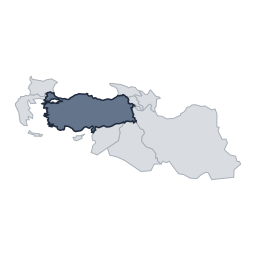 Turkey highlighted among its neighbors
{"feature_id": "TUR", "entity_name": "Turkey", "entity_type": "country or territory", "adm_level": 0, "iso_a3": "TUR", "parent_name": "Asia", "parent_adm1": "", "projection": "orthographic", "projection_center": [34.29, 38.962], "detail": "fine", "context": "with_neighbors", "style": "filled", "palette": "slate", "viewbox_px": 256, "rotation_deg": 0, "n_neighbors": 9, "source": "natural_earth", "source_scale": "50m", "svg_char_len": 9128}
<svg xmlns="http://www.w3.org/2000/svg" viewBox="0 0 256 256"><path d="M109.8,155.3L107.3,147.8L118.5,140.5L120.0,132.8L119.2,128.2L121.8,126.4L124.0,122.3L126.1,121.1L132.0,121.3L133.9,122.7L136.1,121.4L140.2,128.5L143.7,130.0L144.5,133.6L142.2,136.1L141.6,141.1L145.8,146.6L152.6,149.1L155.9,153.5L155.6,158.1L157.3,157.8L157.7,161.1L161.1,163.9L154.2,164.2L150.9,170.7L140.8,171.4L124.6,160.4L116.3,156.6L109.8,155.3Z" fill="#d9dde1" stroke="#a8b0b8" stroke-width="1"/><path d="M161.1,163.9L157.7,161.1L157.3,157.8L155.6,158.1L155.9,153.5L152.6,149.1L145.8,146.6L141.6,141.1L142.2,136.1L144.5,133.6L143.7,130.0L140.2,128.5L132.9,116.7L133.6,114.6L131.3,107.6L134.4,105.4L135.5,107.7L138.2,110.3L141.7,110.7L143.4,110.3L148.4,104.9L150.1,104.1L151.8,105.8L150.6,109.1L154.1,111.9L155.2,111.4L157.5,115.8L162.3,116.3L166.2,118.8L173.3,118.5L180.4,115.3L180.6,113.7L184.5,111.6L187.0,107.2L190.2,106.6L191.9,105.0L195.3,104.7L201.2,106.4L205.0,106.0L211.7,109.9L215.1,109.0L216.9,114.0L216.9,127.0L219.2,127.2L218.1,131.2L222.2,139.3L226.0,139.1L227.4,142.9L224.3,149.7L230.3,155.1L235.6,156.2L237.0,161.4L239.6,161.6L240.6,164.2L234.1,169.7L233.7,177.3L211.7,179.6L208.2,172.7L205.5,172.3L201.6,174.4L196.8,178.6L190.0,178.1L183.9,174.6L178.5,173.8L169.1,161.2L166.4,162.7L162.7,161.2L161.1,163.9Z" fill="#d9dde1" stroke="#a8b0b8" stroke-width="1"/><path d="M91.2,152.5L92.9,145.5L95.7,143.0L94.8,140.6L92.5,140.3L91.9,135.5L95.8,130.0L96.0,126.5L97.7,127.7L103.2,125.7L105.9,126.8L110.1,126.6L115.7,123.8L124.0,122.3L121.8,126.4L119.2,128.2L120.0,132.8L118.5,140.5L97.2,154.9L91.2,152.5Z" fill="#d9dde1" stroke="#a8b0b8" stroke-width="1"/><path d="M143.4,110.3L141.7,110.7L139.1,106.4L137.0,106.7L135.4,105.1L128.6,102.6L128.7,99.5L127.7,97.4L134.1,95.7L137.2,98.1L136.5,99.8L139.2,101.6L138.2,103.8L142.7,106.0L143.4,110.3Z" fill="#d9dde1" stroke="#a8b0b8" stroke-width="1"/><path d="M31.2,76.4L32.1,79.2L43.8,81.3L46.2,79.9L51.7,78.9L57.4,82.3L54.8,84.7L52.8,89.1L54.0,92.8L50.1,91.7L45.2,93.3L44.8,96.4L40.5,96.6L37.4,94.0L33.5,95.3L30.1,94.7L30.3,90.6L28.3,88.2L29.1,87.5L28.7,86.7L29.8,84.8L31.8,83.0L30.0,80.0L29.9,77.7L31.2,76.4Z" fill="#d9dde1" stroke="#a8b0b8" stroke-width="1"/><path d="M42.4,134.5L41.6,136.3L34.2,136.1L34.3,135.0L28.2,133.1L29.5,130.6L32.0,133.0L39.8,133.9L39.5,135.0L42.4,134.5ZM30.1,94.7L33.5,95.3L37.4,94.0L40.5,96.6L44.8,96.4L45.2,93.3L47.3,95.1L45.5,98.9L44.3,99.6L39.0,98.3L33.1,99.3L36.0,103.2L30.8,103.6L28.7,100.1L27.6,101.3L28.2,105.2L30.2,108.5L28.3,109.6L32.8,114.9L32.5,118.5L28.1,116.3L29.2,119.7L26.0,119.9L27.2,125.7L23.9,125.4L20.2,122.1L18.8,112.5L15.4,105.4L15.4,103.6L18.0,100.9L18.6,98.9L20.3,98.2L20.6,96.6L23.8,96.5L25.7,95.4L28.2,95.8L30.1,94.7Z" fill="#d9dde1" stroke="#a8b0b8" stroke-width="1"/><path d="M139.2,92.0L141.6,91.0L145.3,94.4L147.4,94.5L150.3,89.8L156.4,96.8L158.6,96.7L160.3,98.1L156.6,99.3L156.1,106.6L154.6,108.3L155.2,111.4L154.1,111.9L150.6,109.1L151.8,105.8L150.1,104.1L148.4,104.9L143.4,110.3L142.7,106.0L138.2,103.8L139.2,101.6L136.5,99.8L137.2,98.1L134.1,95.7L135.1,94.5L141.4,95.9L141.9,95.1L139.2,92.0ZM141.7,110.7L138.2,110.3L135.5,107.7L134.4,105.4L135.4,105.1L137.0,106.7L139.1,106.4L141.7,110.7Z" fill="#d9dde1" stroke="#a8b0b8" stroke-width="1"/><path d="M109.6,84.0L110.1,83.3L120.8,84.5L127.4,86.9L128.3,88.0L131.0,86.7L135.4,87.5L137.1,89.9L140.2,91.0L139.2,92.0L141.9,95.1L141.4,95.9L138.8,95.9L135.1,94.5L134.1,95.7L127.7,97.4L122.9,94.7L117.9,95.5L118.4,92.7L116.8,88.5L114.0,86.4L111.4,85.9L109.6,84.0Z" fill="#d9dde1" stroke="#a8b0b8" stroke-width="1"/><path d="M82.1,138.3L76.7,140.8L74.2,140.0L73.0,137.4L75.9,137.2L76.6,135.7L80.4,135.8L85.0,133.9L81.6,136.6L82.1,138.3Z" fill="#d9dde1" stroke="#a8b0b8" stroke-width="1"/><path d="M117.7,95.6L118.6,95.8L119.0,96.0L119.7,95.6L121.0,95.5L122.2,95.7L122.4,95.5L122.6,94.9L122.8,94.8L123.1,94.7L123.5,94.7L123.7,94.8L123.9,95.2L124.3,95.3L125.1,96.0L125.5,96.2L125.6,96.3L125.5,96.5L125.8,96.9L126.2,96.9L126.6,96.9L126.8,96.9L126.9,97.1L127.0,97.4L127.1,97.6L127.4,98.0L127.8,98.2L128.0,98.4L128.4,99.2L128.6,99.7L128.6,100.1L128.4,100.6L128.0,101.2L128.3,101.8L128.3,102.0L128.7,102.7L128.9,103.1L128.8,103.3L128.7,103.4L129.4,103.7L130.1,103.9L130.4,104.0L131.2,103.7L131.8,103.6L132.3,103.9L133.2,104.5L134.1,105.2L134.6,105.8L134.4,105.8L133.4,105.2L133.1,105.5L132.8,105.9L132.7,107.5L132.4,107.7L131.4,107.7L131.0,107.8L130.9,107.9L131.2,108.3L131.3,108.9L131.6,109.1L131.9,109.3L131.9,109.9L131.8,110.3L132.0,110.7L132.3,111.1L132.5,111.2L132.5,112.1L132.7,112.4L132.8,113.0L132.9,113.8L133.0,114.0L133.6,114.1L133.7,114.3L133.5,114.8L133.4,115.5L133.3,115.8L133.0,116.2L132.9,116.7L132.9,117.1L132.9,117.3L133.5,117.3L133.8,117.5L134.7,117.9L134.9,118.1L134.7,118.5L134.8,118.8L134.9,119.1L135.0,119.9L135.7,120.3L136.2,120.6L136.2,120.8L136.0,121.1L136.1,121.6L135.9,121.5L135.3,121.5L134.4,122.3L133.8,122.9L133.6,122.9L133.5,122.7L133.4,122.5L133.3,121.5L133.2,121.2L132.8,121.0L132.3,120.9L131.9,121.3L131.4,121.6L130.6,121.7L129.8,121.6L128.8,121.3L128.5,121.3L127.7,121.1L126.9,121.4L126.6,121.4L126.1,121.2L125.9,121.3L125.5,122.0L124.6,122.9L124.2,123.0L123.9,122.3L123.6,122.0L123.3,121.9L123.1,122.0L122.6,122.6L121.8,122.9L119.9,123.5L118.7,123.7L117.1,123.6L116.4,123.7L115.9,123.8L114.6,124.4L112.5,125.7L110.9,126.4L109.2,126.8L108.0,126.9L107.0,126.9L106.3,126.9L105.9,126.8L105.3,126.3L104.6,125.9L103.9,125.8L103.3,125.7L101.9,126.5L101.0,126.8L99.5,127.5L98.3,127.5L97.7,127.5L97.2,127.2L97.0,126.9L96.2,126.7L95.6,126.6L95.4,126.8L95.3,127.3L95.0,128.8L95.6,130.0L94.7,130.3L94.2,130.6L94.1,131.7L93.6,131.9L93.4,132.1L93.1,132.8L92.2,132.3L91.8,132.3L92.1,131.8L91.3,129.8L91.7,129.2L92.4,128.5L93.2,127.6L93.1,126.6L92.9,126.4L92.5,126.0L91.7,126.4L91.2,126.9L90.9,127.0L90.5,127.2L90.4,127.7L89.9,128.0L89.2,128.2L88.1,127.8L86.9,127.2L86.2,126.8L85.7,126.7L85.2,126.9L83.6,128.0L82.2,129.7L81.9,130.0L80.5,130.7L79.7,130.9L79.2,130.9L77.5,131.2L76.6,131.2L75.9,131.6L74.6,131.1L73.8,130.6L73.3,130.0L72.6,128.9L72.0,128.3L70.8,127.8L68.7,126.5L68.1,126.4L66.7,126.2L65.1,126.0L64.8,126.4L64.6,128.1L64.3,128.6L64.2,129.5L63.7,129.9L63.2,129.6L62.9,129.4L62.1,129.8L60.6,130.2L60.1,130.3L58.4,129.5L57.8,129.1L57.4,128.6L57.3,127.8L57.1,127.4L57.0,126.7L56.6,126.5L56.2,126.8L55.8,126.7L55.3,126.6L54.2,125.8L53.3,125.7L52.7,126.5L52.3,126.7L51.8,126.7L52.2,126.0L50.8,126.0L50.0,126.4L49.4,126.3L49.0,126.0L49.1,125.8L49.5,125.8L49.9,125.6L51.4,125.6L51.8,125.5L52.2,125.0L53.0,124.5L53.1,124.3L50.2,124.3L48.6,124.1L48.4,124.3L48.1,124.3L48.1,123.7L48.4,123.4L48.7,123.4L49.6,123.2L49.6,122.7L49.0,122.3L48.9,122.1L48.4,122.0L48.1,121.7L48.1,121.0L47.9,120.3L47.5,119.9L47.6,119.7L48.3,119.6L48.5,118.6L48.5,118.0L48.1,117.9L47.1,117.3L46.8,117.4L46.4,116.8L45.9,116.4L45.5,116.5L45.3,116.6L45.1,116.5L44.6,116.2L44.2,115.9L44.0,115.7L44.3,115.1L44.6,115.2L44.7,114.7L44.5,113.9L44.6,113.6L44.9,113.5L45.3,113.6L45.6,114.1L45.7,114.5L45.5,114.9L45.7,115.4L45.9,115.5L46.0,115.1L46.4,115.2L46.8,115.3L48.0,115.2L48.3,115.0L47.4,114.9L47.1,114.7L46.8,114.2L46.6,113.7L46.5,113.2L47.3,112.8L47.8,112.2L47.6,111.9L47.4,111.8L47.1,111.9L46.9,111.6L46.9,111.3L47.1,111.0L47.2,110.7L46.4,109.5L46.6,109.2L47.1,108.7L47.7,108.1L47.6,107.9L47.3,107.8L45.6,107.9L44.9,108.1L43.8,108.1L43.7,107.8L43.8,107.5L44.1,107.0L44.2,105.6L44.4,104.9L45.0,104.7L45.9,103.7L47.3,102.5L48.6,102.6L49.1,102.3L49.9,102.4L50.1,102.9L50.8,103.3L52.0,103.3L52.6,103.0L52.1,102.4L52.3,102.2L52.8,102.2L53.3,102.4L53.3,102.5L53.2,102.7L53.0,103.1L54.7,103.0L56.3,103.3L56.9,103.3L58.2,103.3L58.4,103.1L58.0,102.8L57.6,102.7L57.2,102.4L58.0,101.8L58.5,101.7L60.7,101.5L62.3,101.4L62.3,101.2L60.0,100.8L59.5,100.5L58.9,99.9L58.6,99.5L58.9,98.4L59.1,98.1L60.0,98.1L62.8,98.8L64.8,98.6L67.0,99.4L69.1,99.3L69.6,99.0L70.1,98.0L73.1,96.4L74.2,95.5L75.3,95.0L77.2,94.5L78.8,93.8L79.3,93.8L83.1,94.1L85.7,94.2L86.9,93.5L87.6,93.7L87.6,93.9L87.5,94.2L87.5,94.6L87.9,95.2L88.3,95.6L89.6,96.2L91.3,95.6L91.9,95.8L92.5,97.4L93.0,98.0L93.6,98.4L94.1,98.4L94.5,98.0L94.8,97.8L95.4,97.8L96.4,98.3L96.8,98.9L98.5,99.2L100.1,99.4L100.8,99.9L103.1,100.3L103.9,100.1L105.3,99.6L108.0,98.9L109.9,99.5L110.4,99.6L110.8,99.5L111.4,99.7L112.1,99.5L114.0,98.5L114.6,97.9L115.2,97.7L115.8,97.4L117.3,96.2L117.7,95.6ZM54.1,93.1L53.9,93.8L54.2,94.6L54.8,95.8L55.4,96.4L58.2,97.9L58.7,98.1L58.6,98.6L58.4,99.1L58.1,99.4L57.3,99.6L55.0,98.8L54.5,98.7L54.0,98.8L53.2,99.2L52.4,99.0L51.2,99.2L50.8,100.0L49.9,100.9L48.5,101.6L47.5,101.9L45.9,103.3L45.2,104.1L44.5,104.3L44.7,103.9L44.9,103.6L44.9,103.3L44.9,102.8L45.5,102.4L45.9,102.1L47.3,101.6L47.7,101.1L46.6,101.0L45.6,101.1L45.0,100.9L44.4,100.9L44.1,100.2L44.5,100.0L44.9,99.6L45.7,98.9L45.8,98.6L45.8,98.3L45.7,98.2L45.8,97.1L46.9,96.5L47.2,96.4L47.3,96.2L47.3,95.5L47.2,94.9L46.8,94.6L46.5,94.2L46.1,94.0L46.1,93.9L46.1,93.7L46.3,93.5L47.0,93.4L47.4,92.7L47.6,92.6L48.4,92.6L48.8,92.5L49.3,92.3L49.5,92.2L50.3,92.1L50.6,92.0L50.8,92.1L51.6,93.0L51.8,93.2L52.5,93.0L53.1,93.1L53.3,92.9L53.5,92.9L54.1,93.1ZM43.5,103.8L42.4,103.9L42.0,103.7L42.4,103.4L43.1,103.2L43.3,103.2L43.5,103.6L43.5,103.8Z" fill="#64748b" stroke="#1e293b" stroke-width="1.5"/></svg>